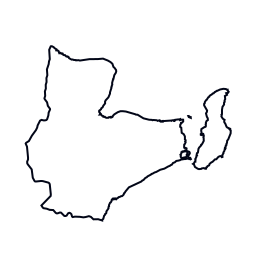 outline of San Rafael del Yuma, La Altagracia, Dominican Republic, rotated 264°
{"feature_id": "3306468B72129908795789", "entity_name": "San Rafael del Yuma", "entity_type": "district", "adm_level": 2, "iso_a3": "DOM", "parent_name": "Dominican Republic", "parent_adm1": "La Altagracia", "projection": "equal_earth", "projection_center": [-68.667, 18.325], "detail": "fine", "context": "isolated", "style": "outline", "palette": "ink", "viewbox_px": 256, "rotation_deg": 264, "n_neighbors": 0, "source": "geoboundaries", "source_scale": "gbopen_adm2", "svg_char_len": 5828}
<svg xmlns="http://www.w3.org/2000/svg" viewBox="0 0 256 256"><g transform="rotate(264 128 128)"><path d="M60.0,33.8L57.8,34.9L57.1,35.6L56.2,38.8L54.8,41.5L54.2,45.1L51.2,47.2L50.6,48.0L50.5,49.2L51.1,51.5L50.8,52.6L47.2,55.5L47.0,56.7L47.3,57.8L49.4,59.5L49.8,60.7L49.3,61.8L48.2,62.7L45.8,63.1L45.2,63.7L45.4,66.0L44.7,70.8L43.8,74.3L43.9,76.7L44.4,79.9L43.5,81.8L40.8,84.1L40.4,88.8L38.7,92.7L39.5,92.8L40.2,93.9L43.3,95.1L43.9,95.9L44.9,96.3L45.1,96.9L45.7,97.5L47.3,97.8L50.1,100.2L51.4,100.3L52.1,101.0L53.2,101.0L55.6,102.4L55.8,103.1L56.9,103.9L58.3,104.3L59.4,105.5L59.4,106.1L58.5,105.9L58.6,106.9L59.2,106.9L59.3,108.1L58.8,108.5L58.5,108.2L58.3,108.9L59.2,109.7L59.6,110.9L60.2,111.4L60.3,112.5L60.9,114.0L60.9,115.0L61.9,116.4L62.5,116.9L63.4,117.1L64.0,118.1L65.0,118.7L68.9,122.7L73.4,135.7L74.2,136.6L74.7,138.0L76.5,140.0L77.1,141.6L77.8,142.3L79.3,146.0L79.9,146.6L79.9,147.4L81.0,149.8L81.3,151.4L83.1,155.7L83.8,160.0L85.6,164.1L86.0,165.7L86.6,166.5L86.9,167.7L88.5,169.1L89.0,171.0L90.2,172.6L90.3,174.7L90.6,176.5L91.1,177.5L91.1,179.3L91.3,179.4L91.1,182.4L91.6,183.2L91.4,183.6L91.6,184.5L91.3,184.5L91.3,185.2L90.7,185.5L90.6,186.5L90.3,186.8L90.5,187.3L91.8,186.8L91.8,186.0L92.5,185.2L93.6,184.9L95.0,185.2L95.2,184.8L95.1,183.6L94.3,183.6L93.0,182.9L92.8,180.4L92.4,179.8L93.0,177.8L93.9,177.4L95.3,177.7L95.9,177.3L96.9,178.3L98.3,178.6L98.3,179.1L98.7,179.3L98.6,179.7L98.9,179.7L99.1,180.2L98.7,181.7L98.8,182.6L99.3,182.5L99.4,181.8L99.8,182.5L99.5,183.6L98.3,183.8L97.8,184.6L96.4,184.5L95.9,184.0L95.4,184.1L95.5,185.0L95.0,185.9L96.2,186.8L97.3,186.8L97.9,186.4L99.0,184.1L99.6,183.7L101.6,184.1L102.1,183.4L102.3,182.0L103.0,181.8L105.7,182.2L106.3,183.0L107.8,183.8L108.5,183.4L109.2,184.0L110.0,184.0L110.6,183.4L113.7,183.7L116.0,182.8L117.6,180.9L122.8,181.0L123.5,180.1L124.0,180.0L126.0,180.4L126.8,181.2L127.6,181.3L127.7,182.4L128.8,183.6L130.5,183.7L130.7,182.5L130.4,180.5L131.0,180.4L131.0,180.8L131.4,180.8L131.1,179.7L131.3,179.0L131.2,175.4L131.0,175.0L130.4,175.3L130.1,175.0L130.3,174.2L131.0,173.9L131.0,172.6L130.7,172.0L130.9,171.9L131.2,164.1L130.7,163.7L130.7,163.2L131.4,163.2L131.4,162.5L130.9,162.2L130.8,161.4L131.4,160.5L132.1,160.6L132.4,160.1L132.0,158.2L132.7,157.4L133.3,154.2L133.2,153.1L133.6,152.6L134.0,149.9L136.0,144.4L140.2,138.9L140.5,137.2L141.0,136.5L144.6,127.6L145.3,124.4L145.5,122.3L144.8,119.5L143.0,115.8L141.9,114.5L140.6,113.7L140.2,112.6L140.2,112.1L140.9,112.0L140.8,111.3L140.5,111.3L140.7,109.9L140.2,109.4L140.4,107.5L141.1,106.3L141.5,106.2L141.7,104.7L142.4,104.7L143.1,103.2L144.2,102.7L144.3,101.4L145.1,102.2L145.7,101.6L146.4,101.6L146.7,101.1L147.8,101.0L148.3,101.2L149.4,103.1L150.4,103.5L151.2,104.9L152.8,105.8L154.8,107.8L156.5,107.9L157.8,108.6L160.5,111.7L164.1,113.7L165.3,113.8L169.6,115.7L170.3,115.6L170.8,116.1L172.1,116.4L172.7,116.9L174.4,116.9L177.4,118.0L177.7,118.4L178.3,118.3L178.8,118.8L182.0,119.9L184.1,121.6L185.5,122.2L186.9,122.2L189.2,120.9L190.3,119.9L193.5,119.2L195.4,117.5L197.2,115.0L199.6,110.4L199.7,105.3L200.5,96.9L200.1,87.2L200.6,86.0L200.7,83.4L201.0,83.3L201.4,81.0L201.9,80.2L201.9,79.1L203.6,76.7L204.8,76.3L205.0,75.6L205.5,75.4L205.5,74.2L207.1,72.9L207.1,72.1L207.6,71.2L208.8,70.8L208.8,70.0L209.1,70.0L209.2,69.2L209.6,68.9L209.4,68.4L209.5,67.6L210.2,67.7L210.4,67.2L211.6,67.1L212.3,66.4L212.7,64.8L213.6,65.2L215.1,63.3L216.2,62.5L217.3,60.8L217.3,59.7L214.0,57.8L204.6,57.4L202.5,56.4L199.8,55.8L194.8,53.5L188.9,53.3L186.2,52.1L182.2,51.8L179.6,50.7L175.7,50.4L173.2,49.2L168.6,49.0L166.3,48.0L165.4,48.2L162.0,50.2L158.4,50.6L155.3,52.4L154.5,52.4L151.6,50.7L148.8,50.1L145.2,48.5L144.5,47.7L144.3,46.8L144.3,45.2L145.1,42.8L144.5,41.3L140.0,38.4L137.9,37.7L135.5,36.2L130.4,31.6L125.4,28.1L123.9,25.1L123.2,24.6L120.0,25.6L109.1,25.5L107.2,25.3L105.1,24.2L103.4,24.1L102.4,24.5L96.9,27.9L88.5,28.1L85.3,29.4L84.7,29.8L84.4,30.7L84.4,36.0L84.1,37.7L82.0,43.1L81.3,43.9L80.3,44.3L70.1,44.3L68.5,44.0L60.0,33.8ZM116.5,229.6L118.1,226.8L119.0,226.1L122.2,225.2L123.6,224.4L124.9,224.4L126.0,224.9L127.3,223.3L129.7,222.1L130.7,222.5L131.4,222.3L131.9,222.9L136.4,223.4L139.2,224.2L141.3,226.0L142.9,226.1L143.6,226.4L143.9,226.9L145.3,226.9L146.6,227.7L149.7,227.7L150.6,229.9L151.3,229.7L152.0,230.3L151.9,229.5L152.4,229.3L152.6,231.2L153.5,231.9L154.5,231.2L155.7,231.1L155.6,230.5L156.5,229.5L157.0,226.9L156.7,223.7L155.6,220.5L155.7,220.1L154.8,218.7L154.8,218.2L153.5,216.7L153.5,215.9L152.5,214.7L152.0,213.4L151.3,212.4L150.6,212.1L150.2,211.1L147.7,209.1L147.5,208.5L145.7,207.1L144.6,206.9L144.0,206.2L142.5,206.1L137.1,208.5L135.7,208.1L134.4,207.1L131.0,207.6L129.4,208.3L127.6,208.3L126.7,206.8L125.2,206.0L124.0,206.0L123.6,205.6L121.9,205.7L121.1,205.2L120.9,204.1L119.3,200.9L117.7,200.5L115.2,200.7L114.4,199.7L113.7,199.7L113.7,200.3L113.4,200.2L113.2,200.7L114.5,201.4L114.3,202.2L112.2,202.6L110.8,202.0L110.3,202.2L107.3,202.0L104.7,200.3L103.8,199.5L103.7,199.0L103.0,198.9L101.1,196.7L99.9,195.9L96.7,195.1L96.1,194.8L95.8,194.0L94.4,193.5L93.4,193.8L93.1,193.1L91.7,192.8L90.0,191.6L89.2,191.9L88.2,191.4L87.5,191.5L87.4,190.8L86.1,190.0L85.5,188.9L84.6,189.9L82.3,190.5L80.2,193.1L79.7,194.3L79.7,195.2L79.7,196.6L80.1,197.1L80.2,199.3L79.4,200.5L79.4,201.3L80.1,201.3L80.3,201.8L80.8,202.0L80.9,202.5L81.7,203.0L82.4,204.8L83.8,205.4L85.1,207.3L85.5,208.5L87.7,211.2L87.7,212.6L89.7,214.7L90.3,216.0L90.4,217.2L90.1,217.9L89.2,218.2L89.3,218.9L91.4,219.1L92.9,220.3L93.7,220.3L95.1,221.4L96.6,221.9L96.7,222.3L97.5,222.2L97.9,222.9L98.5,222.5L99.4,223.3L100.4,223.4L100.9,224.2L101.9,224.2L102.9,224.9L105.0,225.3L106.2,226.5L111.9,229.5L114.7,229.9L116.1,228.9L116.1,229.6L116.5,229.6ZM133.6,189.2L132.5,189.6L131.5,191.5L132.3,191.5L132.4,190.5L132.9,190.4L133.2,189.7L133.6,189.6L133.6,189.2Z" fill="none" stroke="#020617" stroke-width="2"/></g></svg>